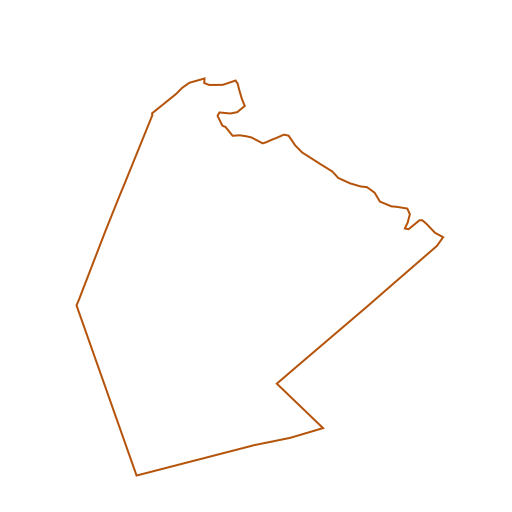 Bababe, Brakna, Mauritania (Mercator projection), rotated 166°
{"feature_id": "47542326B74593484893275", "entity_name": "Bababe", "entity_type": "district", "adm_level": 2, "iso_a3": "MRT", "parent_name": "Mauritania", "parent_adm1": "Brakna", "projection": "mercator", "projection_center": [-14.01, 16.466], "detail": "fine", "context": "isolated", "style": "outline", "palette": "amber", "viewbox_px": 512, "rotation_deg": 166, "n_neighbors": 0, "source": "geoboundaries", "source_scale": "gbopen_adm2", "svg_char_len": 992}
<svg xmlns="http://www.w3.org/2000/svg" viewBox="0 0 512 512"><g transform="rotate(166 256 256)"><path d="M232.6,72.8L266.7,127.1L243.6,138.7L160.2,180.2L127.9,196.7L77.9,222.1L69.9,229.0L76.7,235.2L83.3,246.8L86.1,250.5L88.7,251.1L101.5,245.1L104.9,246.7L100.6,251.9L98.5,255.9L96.6,259.2L97.7,265.4L107.1,269.5L112.6,271.4L122.6,278.8L125.6,288.7L131.6,295.9L137.9,298.3L147.1,303.7L157.3,311.8L161.5,319.5L172.0,330.3L180.0,338.8L186.1,345.2L191.2,353.8L193.8,361.0L195.3,364.9L199.6,367.0L207.6,365.6L213.1,364.9L218.5,363.9L222.3,363.7L231.7,372.1L236.6,374.6L242.7,377.1L249.6,378.3L254.4,388.6L257.1,390.6L259.4,401.3L256.7,404.1L246.5,400.5L239.5,400.1L230.6,404.3L231.7,411.8L232.1,421.4L232.1,427.6L233.4,431.2L246.9,430.1L260.1,433.3L264.4,436.4L263.0,440.7L278.7,440.2L287.0,437.0L294.3,432.6L322.3,419.6L322.5,417.7L364.3,360.3L374.3,346.8L396.4,316.2L438.4,256.4L442.1,251.5L425.0,71.9L303.2,72.9L266.7,71.3L232.6,72.8Z" fill="none" stroke="#b45309" stroke-width="2"/></g></svg>